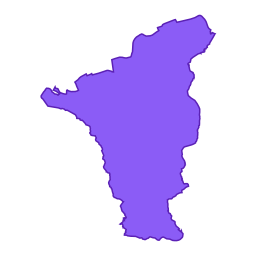 the district of Lozna, Salaj, Romania
{"feature_id": "2599482B10357356910140", "entity_name": "Lozna", "entity_type": "district", "adm_level": 2, "iso_a3": "ROU", "parent_name": "Romania", "parent_adm1": "Salaj", "projection": "equal_earth", "projection_center": [23.494, 47.297], "detail": "fine", "context": "isolated", "style": "filled", "palette": "violet", "viewbox_px": 256, "rotation_deg": 0, "n_neighbors": 0, "source": "geoboundaries", "source_scale": "gbopen_adm2", "svg_char_len": 5812}
<svg xmlns="http://www.w3.org/2000/svg" viewBox="0 0 256 256"><path d="M183.0,234.0L182.9,233.5L181.4,232.1L181.3,231.8L181.6,231.3L181.3,230.5L181.0,231.3L180.4,231.4L179.4,230.4L178.4,229.7L179.3,228.9L178.3,227.8L176.2,226.1L175.3,224.3L174.9,223.2L175.1,222.1L174.7,221.4L172.0,220.0L171.2,218.8L171.1,218.2L171.7,216.0L171.0,215.3L170.2,213.6L169.1,213.3L167.9,210.9L168.4,210.7L168.2,210.0L168.3,209.3L168.2,208.1L167.8,207.0L167.9,204.8L167.8,203.1L167.4,202.2L167.6,200.6L167.4,199.9L169.0,198.9L171.7,198.8L172.6,197.7L173.4,196.9L174.6,196.6L175.4,195.9L175.9,195.7L176.3,194.8L177.0,194.2L179.7,192.9L182.0,192.6L181.7,191.2L181.8,190.3L184.0,189.1L185.7,187.5L186.9,186.8L188.5,186.3L188.2,184.5L187.4,183.7L185.9,183.6L184.2,183.9L183.5,183.2L182.6,180.7L182.0,180.3L181.8,179.8L181.8,179.5L182.3,179.2L182.2,178.7L182.1,178.3L181.7,178.2L181.6,176.8L181.3,176.7L180.3,173.8L180.3,173.4L180.7,172.4L181.7,171.8L181.7,171.4L182.0,171.2L181.5,168.8L183.2,168.2L184.4,166.7L184.8,165.5L185.3,164.9L185.0,164.5L185.0,163.8L185.2,163.5L185.0,162.8L184.8,162.7L185.0,162.2L184.7,161.8L184.5,160.9L182.7,158.1L181.9,156.2L181.8,155.7L182.3,154.6L181.7,150.5L183.1,148.2L184.3,146.9L191.7,144.8L193.8,143.9L195.5,142.9L195.8,141.7L196.4,141.2L196.7,140.4L197.0,139.0L197.6,138.1L197.5,135.9L197.8,134.9L197.6,134.0L197.9,132.8L197.5,131.9L197.6,130.6L197.3,130.1L198.8,127.4L198.7,125.9L199.4,125.3L199.5,123.5L199.5,120.8L199.9,118.4L199.7,117.2L199.8,116.3L199.4,115.0L199.7,112.3L199.7,109.0L198.9,107.0L197.2,103.8L194.8,100.4L191.2,98.1L188.3,95.6L187.7,93.3L187.4,91.0L187.7,90.4L188.7,89.0L189.5,86.2L190.3,85.4L190.5,84.5L190.8,84.1L191.0,82.4L192.7,80.2L192.7,79.5L193.1,78.8L193.5,78.3L193.9,78.5L194.2,77.1L194.0,76.5L194.1,74.9L193.6,73.9L193.1,73.5L193.1,72.6L190.9,71.4L190.5,71.3L190.0,70.6L189.6,69.4L189.0,66.5L188.7,65.9L188.8,65.7L189.1,65.7L189.1,65.1L189.0,64.8L188.1,64.6L188.0,63.6L188.2,63.3L190.3,62.1L190.3,61.6L190.7,60.8L190.6,60.2L190.8,59.2L192.8,57.4L198.1,53.9L200.1,53.3L200.8,53.5L200.6,53.0L201.0,52.5L202.3,52.4L202.8,52.0L203.2,52.2L204.4,51.9L204.6,51.7L204.2,51.0L204.6,51.0L204.8,50.3L204.1,50.1L204.2,49.3L204.4,49.0L206.0,48.8L206.2,48.1L207.3,47.3L207.0,46.7L207.2,46.4L207.3,45.5L209.6,44.0L209.6,43.3L210.4,41.7L210.5,41.7L213.2,37.1L214.9,34.0L214.5,34.1L214.4,33.6L213.3,33.0L212.7,33.1L212.5,32.7L211.6,33.2L211.3,33.7L210.6,33.8L210.4,32.9L210.6,32.3L210.2,31.7L210.6,31.0L210.5,30.4L210.8,29.9L208.9,28.5L207.9,26.9L206.2,22.0L205.8,21.2L204.7,19.4L201.8,16.3L200.7,15.6L199.8,15.4L198.6,15.6L195.0,17.6L190.5,19.1L176.9,22.3L175.4,19.6L174.5,19.8L164.1,23.8L162.6,24.7L162.2,25.8L161.6,26.3L157.5,27.6L157.7,28.4L158.8,30.6L156.4,32.1L152.3,35.1L150.2,35.8L146.2,36.1L144.0,35.1L142.8,34.3L141.6,34.0L139.7,34.9L139.4,35.2L136.5,37.0L135.0,38.6L133.6,40.9L133.0,43.0L132.5,51.9L131.9,53.2L131.2,56.0L130.7,56.9L126.4,58.0L124.8,57.9L122.2,57.3L119.6,57.2L114.9,58.6L111.8,59.7L113.5,71.9L112.0,71.8L111.5,71.3L108.0,70.4L107.1,70.4L98.7,73.2L92.3,74.9L91.7,73.6L90.5,74.3L87.1,75.7L86.2,73.9L81.0,76.7L79.5,77.9L78.0,79.7L74.9,82.1L76.0,84.2L76.8,86.5L78.5,90.2L77.4,90.9L75.4,91.5L71.1,91.6L68.4,90.8L67.2,90.0L66.7,90.4L66.5,93.9L65.7,94.1L65.0,94.1L62.6,93.5L60.0,92.5L58.7,90.5L58.1,89.0L57.5,88.6L55.5,88.2L55.1,86.9L53.4,90.1L56.4,91.4L59.5,93.8L58.0,95.1L56.8,94.3L54.6,93.9L53.1,92.6L52.3,92.2L51.8,91.6L51.9,91.3L51.5,90.5L50.2,89.0L48.8,88.4L46.6,88.2L45.4,89.5L45.1,90.3L43.6,92.0L41.6,95.1L41.1,96.0L41.2,97.2L41.9,98.3L42.4,98.5L43.3,99.6L47.9,106.1L58.5,107.9L60.8,108.8L61.5,108.8L61.9,108.5L62.8,108.6L64.4,109.2L65.4,110.3L67.0,110.2L68.0,110.6L75.5,114.8L76.6,116.9L76.8,117.6L76.8,118.4L79.4,118.6L79.9,118.9L80.0,119.7L80.2,120.0L81.7,120.4L82.4,120.3L85.2,123.4L86.1,124.9L87.2,125.1L89.4,126.0L90.0,126.6L90.1,127.5L90.4,128.2L90.2,129.8L90.5,130.9L90.5,131.7L90.4,132.2L89.9,132.6L89.8,132.9L89.9,133.3L90.7,134.1L90.7,134.8L91.4,135.3L92.2,135.5L95.3,135.9L95.3,136.3L96.2,137.6L96.3,138.0L95.6,139.1L95.7,140.2L96.1,140.9L98.6,142.6L98.8,143.0L99.1,144.3L100.9,145.6L101.2,146.6L102.1,147.9L102.5,149.2L102.4,149.8L101.7,150.6L103.7,155.3L103.7,155.9L103.1,156.6L103.1,157.4L102.8,158.2L102.8,158.6L102.9,159.1L104.4,160.0L105.1,162.1L105.2,162.8L104.9,163.6L104.5,164.3L104.3,165.4L103.6,166.4L103.7,167.6L104.3,168.6L106.1,170.7L106.3,171.3L106.2,171.8L107.4,172.2L108.0,172.9L109.5,173.1L109.7,173.5L109.9,174.4L109.7,174.6L109.7,175.3L110.0,176.0L110.1,177.4L110.0,177.8L110.2,179.6L109.4,180.8L108.7,182.4L108.7,183.1L109.1,184.5L109.7,185.6L109.7,186.6L111.1,187.5L111.4,188.8L111.9,189.0L112.1,190.0L112.1,190.4L112.8,193.1L113.3,193.8L113.1,195.3L113.3,196.3L113.7,196.6L114.2,197.4L115.2,197.6L117.2,198.7L119.3,198.9L120.6,199.5L121.4,200.2L121.9,200.4L122.7,201.5L123.4,201.7L121.1,204.8L120.4,206.1L121.3,208.0L121.4,208.9L122.0,210.9L122.6,211.7L123.5,212.4L124.3,213.7L125.0,214.2L124.8,214.9L125.3,215.9L125.8,216.5L126.2,217.7L125.2,218.6L125.0,218.2L124.8,217.8L124.2,217.8L124.5,218.6L124.3,218.8L123.8,218.7L124.2,219.3L124.0,219.9L124.3,220.6L124.2,220.6L123.7,219.8L123.2,220.0L123.2,220.6L123.0,220.9L123.1,221.3L122.7,222.0L120.1,224.1L120.7,224.3L121.1,223.9L122.1,223.7L122.6,224.8L122.9,225.1L122.9,225.9L122.7,226.5L123.4,227.0L123.1,227.7L123.8,227.8L126.2,229.5L125.7,230.8L125.8,231.1L125.5,231.8L125.8,231.9L125.8,232.6L124.5,233.8L124.4,235.1L126.5,235.2L127.6,235.8L130.6,236.2L135.7,236.4L139.9,238.1L141.6,237.8L142.3,238.3L142.5,239.0L145.0,239.6L145.7,239.4L146.9,238.6L148.1,238.3L149.6,237.0L150.4,236.9L152.9,237.7L155.0,238.0L157.4,239.9L158.8,240.2L159.5,240.0L160.2,238.9L161.5,237.7L162.4,237.2L163.6,237.1L166.7,238.8L169.8,239.1L172.6,240.4L174.8,240.6L176.7,240.6L178.8,240.1L180.3,239.3L182.2,237.5L182.6,236.8L183.0,234.0Z" fill="#8b5cf6" stroke="#5b21b6" stroke-width="1.5"/></svg>